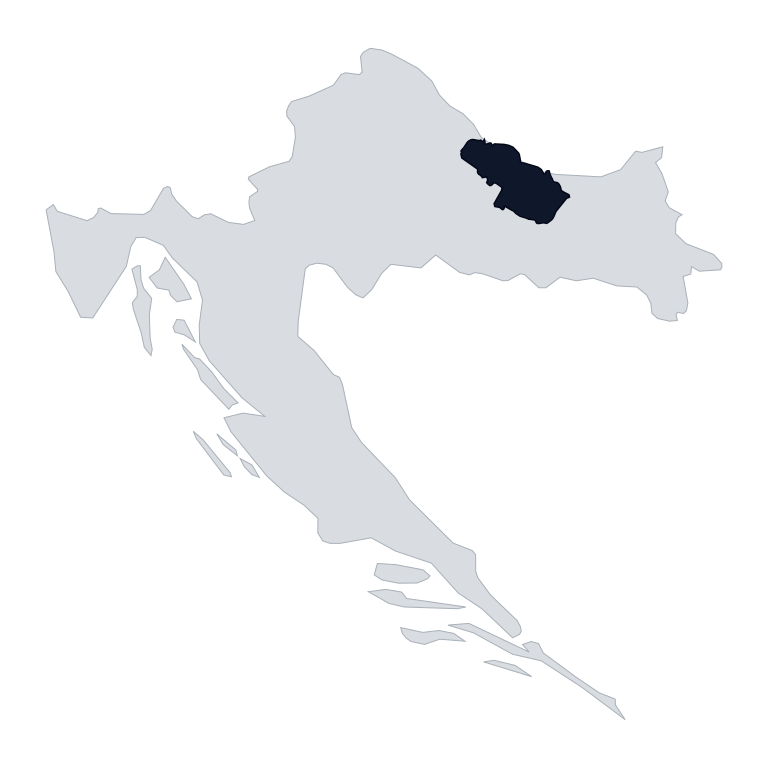 Croatia, with Viroviticko-Podravska highlighted
{"feature_id": "HRV-1606", "entity_name": "Viroviticko-Podravska", "entity_type": "County", "adm_level": 1, "iso_a3": "HRV", "parent_name": "Croatia", "parent_adm1": "", "projection": "orthographic", "projection_center": [17.571, 45.727], "detail": "fine", "context": "in_parent", "style": "filled", "palette": "ink", "viewbox_px": 768, "rotation_deg": 0, "n_neighbors": 0, "source": "natural_earth", "source_scale": "10m", "svg_char_len": 5651}
<svg xmlns="http://www.w3.org/2000/svg" viewBox="0 0 768 768"><path d="M53.3,204.5L57.3,211.3L87.1,220.7L93.8,217.4L97.9,212.3L98.1,208.9L100.7,208.0L111.1,213.6L143.7,214.4L150.5,210.7L163.5,188.3L167.6,186.5L170.2,187.6L171.9,194.4L176.3,200.9L192.2,216.7L198.3,218.7L204.5,214.8L210.8,213.8L228.5,222.4L243.5,224.4L254.8,220.5L249.6,208.2L248.9,201.9L249.8,196.6L257.6,191.4L257.3,189.0L248.3,179.3L248.9,176.9L269.4,166.8L289.0,161.3L292.2,156.8L295.4,137.0L294.5,126.4L286.9,116.2L286.6,111.2L288.5,106.0L291.7,101.4L308.6,96.3L333.4,85.2L341.0,74.5L345.5,72.8L359.2,74.6L362.1,72.0L360.5,56.4L363.0,52.5L370.2,48.3L382.1,50.1L392.0,54.3L418.0,68.3L431.8,81.0L439.5,95.1L449.9,106.0L463.1,113.8L473.5,124.3L481.3,137.5L492.1,144.9L506.1,146.5L515.0,151.0L518.7,158.4L526.3,165.1L537.8,171.1L555.7,174.4L600.8,176.9L620.7,169.6L635.6,151.2L641.9,152.4L662.8,146.8L661.6,157.6L655.5,162.6L662.0,173.7L668.3,191.9L665.1,200.9L669.3,207.8L682.1,214.7L678.6,216.8L675.8,222.8L675.6,233.7L686.0,243.7L713.5,254.4L721.7,263.4L721.9,267.2L720.5,269.8L699.5,271.2L691.5,266.7L690.8,274.0L683.1,276.5L687.9,303.1L686.3,310.9L683.5,313.5L677.6,312.2L676.0,314.8L677.4,320.5L669.8,321.2L657.6,318.5L652.0,313.4L650.8,303.2L646.8,295.2L637.0,287.0L616.9,285.9L593.3,278.2L576.3,280.8L560.0,277.2L545.9,287.8L538.8,287.7L524.6,274.6L520.4,273.8L508.0,280.5L503.0,280.8L482.4,273.7L474.8,272.6L469.3,274.9L459.5,272.3L435.7,255.0L420.9,267.9L390.9,264.3L381.9,273.1L371.5,289.9L363.0,297.9L355.9,294.9L347.5,287.3L333.0,267.8L325.5,264.2L316.9,263.2L309.3,265.2L305.2,269.0L298.2,321.6L297.8,336.4L314.1,350.5L333.3,374.5L339.6,377.4L342.6,385.1L351.7,427.6L361.6,442.6L395.3,477.7L409.5,499.8L453.1,543.1L472.5,550.7L475.6,554.8L475.7,571.4L477.8,577.7L490.7,595.2L517.3,620.7L520.4,626.6L521.3,631.0L519.6,634.3L512.6,637.8L482.1,608.9L458.2,593.0L431.4,563.2L395.6,551.1L371.2,537.8L340.0,543.4L329.9,543.3L322.7,540.9L317.8,532.7L318.0,518.4L303.9,505.1L284.7,492.3L266.7,475.9L231.0,431.8L224.0,417.8L243.0,413.1L264.8,416.4L241.8,397.6L209.2,360.6L199.7,343.4L199.2,325.1L202.5,300.1L197.1,282.0L172.2,257.8L163.3,245.3L144.7,237.3L136.2,237.6L130.8,246.5L126.3,266.4L92.7,318.0L80.6,317.2L68.1,291.3L55.9,271.6L53.9,251.3L46.1,209.9L53.3,204.5ZM615.2,699.1L615.5,705.1L625.2,719.7L581.9,687.3L541.2,660.8L512.6,654.3L473.4,632.8L448.0,625.1L468.9,623.4L529.2,652.1L522.5,644.5L531.2,641.5L538.6,643.6L543.3,653.0L577.4,678.1L599.2,692.8L615.2,699.1ZM152.2,349.3L151.0,355.6L144.3,347.3L141.2,332.7L133.3,309.2L132.4,302.6L137.3,296.3L137.3,289.7L131.9,269.1L137.2,266.0L140.3,265.7L141.0,279.9L143.6,288.1L151.7,298.4L149.3,314.9L150.2,338.5L152.2,349.3ZM191.4,298.8L177.0,301.8L170.4,295.3L168.9,290.1L157.2,288.0L149.1,277.3L159.4,269.8L165.2,257.3L183.7,284.0L191.4,298.8ZM417.2,583.0L398.4,583.2L382.1,580.0L374.2,574.9L377.4,563.5L395.6,564.6L423.2,569.9L429.9,575.9L427.8,578.6L417.2,583.0ZM465.8,607.0L457.5,608.7L404.3,607.0L388.9,603.4L368.4,591.7L385.7,589.4L401.7,592.1L406.6,598.5L465.8,607.0ZM232.0,405.1L228.9,409.3L200.6,379.5L197.6,369.8L183.8,349.7L181.9,344.2L194.6,357.6L199.6,359.0L211.8,372.0L223.7,388.5L238.1,402.9L232.0,405.1ZM400.7,627.6L422.8,632.4L439.0,630.5L453.7,633.4L465.0,641.2L439.8,639.2L424.5,644.4L411.1,641.5L406.1,638.0L402.5,633.6L400.7,627.6ZM230.1,472.7L231.5,476.8L223.8,475.0L196.2,438.4L193.3,431.3L203.3,440.0L230.1,472.7ZM184.1,320.2L195.3,341.9L184.6,335.0L174.9,332.1L173.0,327.2L176.8,319.4L184.1,320.2ZM515.3,665.5L531.7,676.7L483.6,661.9L494.2,660.3L515.3,665.5ZM251.9,464.9L259.3,477.3L251.9,474.6L244.4,466.8L240.1,458.5L251.9,464.9ZM235.8,450.0L237.4,455.8L223.1,444.5L216.8,433.8L235.8,450.0Z" fill="#d9dde1" stroke="#a8b0b8" stroke-width="1"/><path d="M480.8,140.1L481.9,141.1L483.1,141.4L484.4,139.4L485.0,142.2L484.8,143.6L485.2,144.1L487.5,143.9L490.2,142.9L491.4,143.4L492.1,146.1L492.7,145.6L493.2,145.1L493.5,144.6L494.5,143.9L504.2,144.4L509.0,145.4L513.2,147.3L518.6,153.0L519.4,154.6L519.5,155.9L520.1,158.3L520.2,160.2L520.4,161.1L520.6,162.2L521.6,162.8L524.1,163.0L538.0,167.2L541.4,169.6L543.6,173.5L543.6,174.2L545.0,173.9L545.7,172.7L546.2,171.4L547.3,170.8L549.1,170.8L550.0,174.0L551.1,176.7L552.4,179.1L552.9,180.6L553.5,181.5L554.0,181.9L557.2,182.6L557.8,182.9L558.6,183.6L559.3,184.6L560.3,186.5L560.7,187.8L560.9,188.7L561.1,190.0L561.8,190.8L563.1,191.7L568.8,194.7L569.1,195.0L569.2,195.3L569.5,197.2L566.6,198.3L555.9,211.6L554.1,216.0L553.2,217.9L552.3,219.1L551.6,219.9L547.6,222.9L546.8,223.3L546.2,223.4L545.8,223.2L544.9,223.0L543.0,222.8L539.2,223.5L538.1,223.5L537.1,223.4L536.5,222.9L536.1,222.3L535.9,221.6L535.5,220.8L534.8,220.2L533.7,219.8L528.6,219.2L527.5,218.7L526.5,218.2L520.0,216.2L515.9,213.5L515.1,212.7L513.8,211.2L513.3,210.9L512.6,210.7L504.7,206.2L504.4,206.2L504.3,206.6L504.3,207.8L504.1,208.3L503.8,208.9L503.2,209.5L502.8,209.6L502.3,209.6L501.8,209.3L501.5,208.9L501.1,208.5L500.3,208.0L499.6,207.4L494.8,206.5L494.1,203.6L501.8,190.0L501.9,187.9L501.6,187.1L496.9,183.8L496.0,183.3L495.0,182.9L494.3,182.9L493.9,183.0L493.2,183.7L492.6,184.1L491.6,185.1L491.0,185.5L489.6,185.5L487.5,183.7L487.0,183.1L486.7,182.4L486.9,181.9L487.5,180.7L487.6,179.9L487.4,179.0L487.0,177.7L486.5,177.2L486.0,177.0L482.6,177.7L482.4,177.7L482.3,177.4L481.7,176.7L480.6,175.4L478.8,174.3L478.0,173.3L477.5,172.4L477.5,171.9L477.6,170.6L477.6,169.9L477.4,169.0L461.8,158.0L461.1,155.0L460.9,154.1L461.0,153.6L461.5,152.5L461.5,152.1L461.0,151.2L461.2,150.5L462.0,149.6L463.8,147.6L467.2,142.4L467.8,141.8L468.4,141.2L470.6,139.9L471.8,139.6L472.9,139.5L478.8,140.5L479.9,140.4L480.7,140.2L480.8,140.1Z" fill="#0f172a" stroke="#020617" stroke-width="1.5"/></svg>